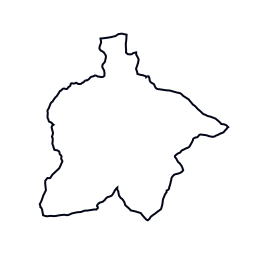 outline of Goenshari, Punakha, Bhutan, rotated 171°
{"feature_id": "84629894B19712913086843", "entity_name": "Goenshari", "entity_type": "district", "adm_level": 2, "iso_a3": "BTN", "parent_name": "Bhutan", "parent_adm1": "Punakha", "projection": "orthographic", "projection_center": [89.771, 27.719], "detail": "fine", "context": "isolated", "style": "outline", "palette": "ink", "viewbox_px": 256, "rotation_deg": 171, "n_neighbors": 0, "source": "geoboundaries", "source_scale": "gbopen_adm2", "svg_char_len": 5522}
<svg xmlns="http://www.w3.org/2000/svg" viewBox="0 0 256 256"><g transform="rotate(171 128 128)"><path d="M215.4,91.2L216.4,90.3L218.0,88.8L218.5,85.8L218.8,79.4L220.8,76.5L222.1,74.8L222.8,73.4L224.3,70.6L225.4,68.7L227.1,66.6L226.8,64.7L226.9,63.4L226.2,62.9L225.6,60.8L225.6,58.6L225.5,56.5L225.5,55.1L223.2,53.9L221.2,53.4L218.6,53.4L217.0,53.0L214.5,52.5L212.6,52.4L211.5,52.5L208.9,52.5L206.3,52.4L204.1,52.2L202.3,51.5L200.5,51.4L196.8,52.4L193.8,52.6L191.3,52.7L187.6,52.4L184.2,53.1L183.3,53.1L181.2,52.8L178.2,52.8L175.5,52.8L173.6,52.8L172.2,52.4L170.8,53.3L170.3,53.6L170.2,54.2L170.3,54.9L170.7,55.4L170.8,55.9L170.3,56.8L168.9,58.1L168.0,58.4L167.4,58.7L166.1,58.9L164.3,59.2L163.4,59.8L162.3,60.5L161.9,60.8L161.5,61.3L161.1,61.7L159.9,62.5L158.8,63.0L157.4,63.1L156.3,63.3L155.2,63.6L154.5,63.9L153.4,65.0L152.7,65.8L152.1,66.5L151.5,67.3L151.0,68.1L150.3,68.9L149.2,69.8L148.9,70.2L147.9,70.8L148.2,69.5L148.0,68.1L147.5,66.9L147.6,65.4L147.5,64.8L147.5,63.6L147.4,62.5L146.9,61.6L146.1,59.9L145.6,59.5L145.0,59.0L144.2,57.7L143.7,56.4L143.1,55.1L143.0,53.9L142.9,53.1L142.9,52.6L142.3,51.6L140.9,50.0L139.3,48.0L138.2,46.2L136.1,45.4L133.2,44.2L131.2,43.2L128.6,41.9L127.6,39.9L125.8,37.0L124.1,34.5L122.8,33.8L121.0,34.9L119.5,36.7L117.0,38.1L114.6,39.2L112.6,40.4L110.6,41.4L108.1,42.7L107.1,44.7L105.8,47.8L105.1,50.5L104.3,52.6L102.8,55.0L101.8,56.7L100.8,57.7L100.0,58.4L99.6,60.2L98.9,60.4L97.9,60.7L97.2,61.3L96.8,62.2L96.4,63.5L95.8,64.4L94.8,66.6L94.4,67.6L94.1,68.6L93.5,69.6L93.1,71.2L92.2,72.6L90.8,73.9L90.1,74.4L88.7,74.9L87.1,75.0L85.6,75.1L84.8,75.3L83.7,75.4L81.3,76.5L80.1,77.7L80.2,78.2L80.4,79.3L80.5,80.2L80.7,81.0L81.0,82.1L81.4,82.9L81.6,83.4L81.9,84.0L82.3,84.7L82.8,85.4L83.2,85.8L83.8,86.4L84.0,87.0L84.2,87.6L84.5,88.3L84.8,89.2L85.1,90.2L86.1,91.9L86.1,92.8L85.4,93.6L84.3,94.1L83.7,94.5L83.0,94.9L82.1,95.2L81.2,95.4L80.4,95.6L79.9,96.0L79.2,96.8L78.7,97.2L78.0,97.5L77.2,97.7L76.3,98.0L75.2,98.4L73.8,98.8L73.2,99.0L72.2,99.1L71.0,99.5L70.5,99.8L70.1,100.3L69.5,100.7L69.0,101.6L68.4,102.2L67.7,103.2L67.3,103.6L66.8,104.4L66.1,105.3L65.8,105.7L65.6,106.5L65.3,107.1L64.2,107.7L63.6,107.9L63.1,107.9L62.5,108.1L61.9,108.1L61.4,108.0L60.9,108.1L60.5,108.4L59.9,108.8L59.4,109.4L58.6,110.0L57.7,110.2L56.8,110.1L55.5,109.7L54.9,109.5L53.8,109.2L52.9,108.9L52.2,108.8L51.4,108.4L50.5,108.0L49.8,107.5L48.0,106.8L46.7,106.3L46.0,106.2L45.4,106.0L44.3,106.0L43.6,106.2L42.0,106.8L40.9,107.0L39.7,107.3L38.3,107.8L37.7,107.9L37.2,108.2L36.2,108.3L35.3,108.5L34.5,108.8L33.9,109.1L33.4,109.6L32.5,110.4L31.7,111.0L30.9,111.6L30.4,112.0L30.1,112.5L29.5,112.9L28.9,113.2L30.6,115.5L32.7,116.7L35.2,117.3L36.2,119.0L37.5,120.6L40.1,123.6L44.4,126.1L47.4,127.4L49.8,129.1L51.5,130.0L53.9,133.2L56.2,135.9L57.5,138.0L59.1,140.0L60.1,140.8L61.7,143.5L62.9,145.5L63.6,146.8L66.6,149.4L68.4,151.0L69.8,153.0L71.0,154.2L74.2,155.4L80.9,158.5L84.5,159.3L89.1,160.8L93.1,162.0L94.3,163.2L95.1,165.5L95.5,167.2L98.3,169.5L99.1,171.2L99.1,174.1L99.6,175.8L101.2,176.0L102.1,175.4L102.1,176.1L105.0,177.8L107.0,178.4L110.2,179.9L110.2,181.6L110.8,185.3L109.5,187.6L107.8,190.9L106.8,193.9L107.1,195.6L108.4,199.1L108.1,201.4L110.1,201.3L111.6,201.0L112.5,200.4L113.1,200.3L114.5,200.4L115.8,200.7L116.7,201.0L117.3,201.8L118.2,202.7L117.6,205.7L117.4,208.5L117.0,211.6L116.0,214.9L115.4,217.7L114.8,220.4L119.5,222.2L122.9,222.2L125.9,220.8L130.8,220.4L134.3,220.4L138.2,220.5L141.2,220.7L141.2,220.2L141.1,218.5L141.1,217.0L141.7,215.7L142.4,214.4L143.3,212.8L143.8,210.9L143.3,209.6L142.4,208.4L141.5,207.8L140.2,206.7L139.4,205.1L138.6,203.0L138.6,202.0L139.0,200.7L139.5,199.4L140.2,197.6L140.6,196.8L141.7,195.9L143.1,194.7L143.7,193.2L143.8,192.0L143.4,190.7L142.6,188.5L142.6,186.4L142.8,184.8L143.1,183.4L143.4,183.0L144.2,182.6L145.0,182.4L146.0,182.4L147.0,182.6L147.8,183.0L148.4,183.3L149.2,183.4L149.8,183.6L150.4,184.0L151.0,184.5L152.0,185.0L152.7,185.0L154.0,184.5L155.6,184.4L156.5,184.2L157.2,183.9L158.8,182.5L159.3,182.2L159.8,182.0L160.9,181.5L161.5,181.6L162.7,181.6L163.1,181.4L165.0,180.0L165.9,179.9L166.4,179.6L167.7,178.9L168.5,179.0L169.5,179.1L170.4,179.3L171.0,180.0L172.1,180.8L172.6,180.7L173.3,180.4L174.0,180.3L174.6,180.4L175.3,180.6L176.2,180.8L177.0,181.0L177.5,180.7L177.9,179.9L178.3,178.9L178.9,178.3L180.4,177.8L181.7,176.4L182.2,176.1L182.7,176.1L183.6,176.4L184.2,176.7L184.8,176.9L185.3,177.0L185.9,177.0L186.8,176.6L187.5,176.0L188.8,175.2L189.4,175.2L189.7,174.9L190.3,174.2L190.7,173.6L193.4,170.6L195.2,169.4L195.5,169.0L196.3,168.3L196.9,167.7L197.7,166.6L198.5,165.9L199.6,165.3L200.1,164.9L200.8,164.0L201.9,162.1L202.4,161.2L203.3,159.7L204.7,158.1L204.9,157.4L204.9,155.3L205.2,154.0L205.3,153.5L205.6,152.4L205.8,151.0L205.8,150.3L205.5,149.5L205.3,148.7L205.2,147.8L205.1,147.2L204.8,146.5L203.6,145.9L202.8,145.2L202.3,144.5L202.0,143.8L201.4,143.4L201.0,142.9L201.6,142.6L202.1,142.5L202.6,141.8L203.3,140.9L203.3,139.6L203.1,138.0L203.1,137.2L202.9,136.1L202.9,134.8L203.0,134.2L203.4,133.3L204.5,131.3L204.4,130.7L204.0,129.9L204.1,128.7L204.3,127.5L204.5,126.6L204.8,125.8L204.9,125.1L205.2,124.3L205.0,123.7L204.9,122.6L204.6,121.7L204.7,120.8L204.4,120.0L204.2,119.3L204.3,118.3L203.9,117.8L203.3,117.6L202.5,117.4L201.4,117.0L200.7,116.5L200.3,116.1L199.7,115.6L199.5,114.8L199.6,113.9L199.4,112.7L198.4,111.3L198.1,110.5L198.2,109.9L198.6,108.9L198.8,108.1L198.7,107.5L198.3,106.5L198.1,106.1L198.0,105.4L199.9,102.4L202.2,99.0L210.0,93.7L212.6,90.8L214.0,90.8L215.4,91.2Z" fill="none" stroke="#020617" stroke-width="2"/></g></svg>